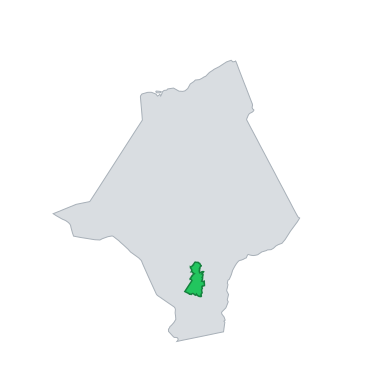 Turkana Central, Rift Valley, Kenya (highlighted), rotated 213°
{"feature_id": "3690345B27917723778047", "entity_name": "Turkana Central", "entity_type": "district", "adm_level": 2, "iso_a3": "KEN", "parent_name": "Kenya", "parent_adm1": "Rift Valley", "projection": "mercator", "projection_center": [35.914, 3.132], "detail": "fine", "context": "in_parent", "style": "filled", "palette": "green", "viewbox_px": 384, "rotation_deg": 213, "n_neighbors": 0, "source": "geoboundaries", "source_scale": "gbopen_adm2", "svg_char_len": 6679}
<svg xmlns="http://www.w3.org/2000/svg" viewBox="0 0 384 384"><g transform="rotate(213 192 192)"><path d="M87.5,228.8L87.4,224.3L88.1,212.9L88.0,203.0L88.6,198.0L91.0,194.8L92.2,192.5L93.0,189.3L94.3,186.7L97.2,184.5L97.7,183.4L100.8,179.8L102.7,175.2L104.1,173.7L105.8,172.2L107.1,171.5L109.1,170.7L110.7,170.3L111.0,169.9L111.1,169.2L110.6,166.3L111.3,165.4L112.3,163.5L113.6,161.7L114.7,160.6L115.3,159.5L115.6,157.5L115.7,156.1L115.7,153.7L115.3,148.5L114.0,144.1L113.2,139.2L113.8,137.5L112.7,134.7L112.2,134.5L111.4,133.9L110.3,131.2L109.5,128.7L109.0,128.0L105.5,125.9L103.7,120.8L101.8,119.6L100.7,114.5L100.5,113.1L101.6,108.0L101.5,106.8L100.3,105.8L97.1,104.7L94.4,102.6L94.7,101.8L94.9,101.1L93.5,100.6L89.4,91.9L94.7,86.7L100.0,81.4L106.8,74.7L113.1,68.5L118.5,63.2L123.3,58.4L123.2,59.3L123.2,60.6L123.8,61.3L124.8,61.8L126.2,61.3L127.4,60.5L128.5,60.4L135.8,62.3L137.0,64.1L136.9,65.9L137.2,67.3L136.7,68.6L136.1,72.7L136.2,76.4L138.4,79.2L140.3,81.4L141.9,84.4L143.0,85.4L144.6,85.9L149.6,86.0L156.9,86.2L164.0,86.4L164.7,86.4L166.2,86.9L172.7,91.0L178.7,94.8L183.7,98.0L188.6,101.2L193.4,104.3L197.1,106.9L200.7,107.7L206.7,108.0L210.8,108.2L214.5,109.2L220.2,110.2L224.4,110.8L226.9,111.3L234.0,111.9L235.1,111.6L238.2,108.7L241.7,104.1L243.1,101.6L247.6,99.0L255.5,95.5L261.1,93.0L267.3,90.5L270.1,92.7L274.0,96.2L275.7,97.9L277.1,98.6L279.2,99.1L281.8,99.2L283.2,99.1L286.0,98.6L292.7,98.2L296.6,98.2L293.3,102.9L289.5,108.4L282.4,118.6L276.9,124.0L272.8,128.0L272.5,128.8L272.5,133.3L272.5,144.3L272.6,166.4L272.7,188.5L272.8,210.6L272.8,221.6L272.8,225.3L276.4,230.0L279.9,234.5L284.6,240.5L287.1,243.7L287.5,244.8L287.4,246.9L283.5,251.4L280.4,253.5L276.2,254.4L274.9,254.3L273.3,253.6L272.6,254.7L272.2,256.4L271.2,256.0L270.5,255.5L270.9,258.5L271.4,260.0L270.7,262.0L268.7,263.7L268.5,265.2L264.1,269.1L257.8,269.5L254.5,271.4L253.0,273.0L251.9,276.4L252.3,281.6L250.6,285.7L250.2,287.7L247.0,290.3L245.6,292.7L244.5,295.2L243.6,296.3L242.5,301.8L241.0,305.1L240.6,306.2L240.2,307.2L239.0,309.2L238.3,310.5L237.7,311.4L233.9,319.9L230.9,323.8L228.6,323.4L227.0,324.9L226.8,325.6L226.0,325.2L224.0,323.8L220.0,320.8L216.0,317.9L212.0,315.0L208.0,312.1L203.9,309.2L199.9,306.3L195.9,303.4L191.9,300.5L189.5,298.8L188.5,297.8L187.7,295.8L187.3,295.3L186.2,294.7L184.9,294.6L184.6,294.2L184.6,293.2L185.0,291.8L186.5,289.2L186.7,287.6L186.4,285.8L185.9,283.0L185.5,282.3L182.8,280.8L177.3,277.7L171.7,274.6L166.1,271.5L160.5,268.3L154.9,265.2L149.3,262.1L143.8,259.0L138.2,255.9L132.6,252.8L127.0,249.6L121.4,246.5L115.8,243.4L110.3,240.3L104.7,237.2L99.1,234.0L93.5,230.9L91.4,229.8L89.5,228.8L87.5,228.8ZM273.3,259.1L272.3,259.3L272.8,257.8L275.7,255.9L276.8,256.3L277.1,256.7L277.0,257.1L276.5,257.5L273.3,259.1Z" fill="#d9dde1" stroke="#a8b0b8" stroke-width="1"/><path d="M143.8,117.6L143.8,104.6L138.0,105.3L138.0,105.2L137.7,105.4L137.5,105.6L137.4,105.6L137.1,105.6L137.0,105.8L136.9,105.8L136.9,106.1L136.7,106.2L136.7,106.3L136.6,106.6L136.5,106.8L136.4,107.0L136.2,107.2L135.9,107.3L135.6,107.4L135.5,107.5L135.1,107.5L134.8,107.4L134.4,107.3L133.9,107.3L133.6,107.3L133.3,107.3L133.2,107.4L133.0,107.5L132.8,107.5L132.8,108.0L132.7,108.3L132.7,108.7L132.4,108.5L132.1,108.6L131.9,108.3L131.9,108.2L131.6,108.2L131.4,108.2L131.2,108.2L130.8,108.2L130.7,108.2L130.5,108.3L130.1,108.2L129.7,108.3L129.4,108.3L129.2,108.3L128.9,108.4L128.8,108.7L128.7,108.8L128.5,109.0L128.4,109.0L128.2,109.0L127.9,109.0L127.7,109.0L127.5,109.3L127.4,109.4L127.4,109.6L127.4,109.8L127.5,109.9L127.6,110.0L127.9,110.2L128.0,110.3L128.1,110.5L128.3,110.7L128.5,110.8L128.7,111.2L128.7,111.6L128.6,112.2L128.7,112.7L128.7,113.0L128.8,113.2L128.9,113.3L129.0,113.4L129.2,113.5L129.5,113.8L129.7,114.1L130.0,114.4L130.1,114.5L130.4,114.8L130.5,115.0L130.8,115.3L130.8,115.5L130.8,116.4L130.9,116.7L130.9,116.9L131.0,117.0L131.3,117.1L131.9,117.5L132.0,117.6L132.1,117.8L132.0,118.0L131.8,118.3L131.8,118.5L132.1,118.6L132.0,118.8L131.9,119.1L131.6,119.1L131.4,119.3L131.3,119.5L131.2,119.7L130.9,119.9L130.8,120.0L130.7,120.2L130.6,120.3L131.2,121.2L131.4,121.5L131.6,121.7L131.7,121.9L132.0,122.1L132.3,122.3L132.5,122.5L132.5,123.0L132.7,123.3L133.3,123.9L133.5,123.6L133.6,123.3L133.6,123.2L134.0,122.9L134.3,122.8L134.7,122.9L134.8,122.9L135.0,122.8L135.2,122.7L135.3,122.6L135.4,123.0L135.5,123.1L135.6,123.3L135.6,123.6L135.6,123.9L135.6,124.1L135.6,124.3L135.8,124.5L135.9,124.8L136.0,125.0L136.2,125.6L136.3,125.8L136.7,126.2L136.8,126.2L137.0,126.1L137.0,126.4L137.0,126.6L137.0,126.9L137.2,127.3L137.3,127.4L137.3,127.7L137.5,127.9L137.5,128.1L138.0,129.0L138.5,129.1L138.8,129.1L139.0,129.0L139.1,128.9L139.1,129.0L139.1,129.3L139.1,129.5L139.1,129.9L139.1,130.3L139.0,130.5L138.9,130.8L138.8,131.1L138.8,131.4L138.8,131.5L139.0,131.5L139.6,131.1L139.9,130.9L140.0,130.7L140.3,130.4L140.5,130.1L141.1,129.3L141.1,129.2L141.2,128.9L141.3,128.8L141.3,128.7L141.4,128.4L141.6,128.4L141.7,128.5L142.4,129.1L142.8,129.6L143.0,129.8L143.1,130.0L143.0,130.5L143.0,130.8L143.4,131.1L143.5,131.1L143.9,131.4L143.9,131.5L144.0,131.6L144.0,131.9L143.9,132.1L143.8,132.4L143.9,132.5L144.2,132.7L144.3,132.8L144.3,133.0L144.3,133.3L144.3,134.0L144.2,134.5L144.0,135.0L144.2,135.3L144.3,135.3L144.5,135.2L145.1,135.4L145.3,135.5L145.6,135.7L146.1,136.0L146.5,136.2L146.6,136.3L146.8,136.3L147.0,136.2L147.4,136.1L147.6,136.2L147.8,136.1L148.0,136.2L148.2,136.3L148.7,136.3L149.0,136.0L149.3,135.8L149.6,135.6L150.3,135.3L150.9,135.0L151.0,135.0L151.2,134.8L151.3,134.6L151.3,133.9L151.3,133.6L151.3,133.0L151.3,132.6L151.4,132.3L151.4,132.1L151.4,131.9L151.1,131.6L151.2,131.4L151.3,131.3L151.4,131.2L151.5,130.9L151.4,130.5L151.4,130.3L151.5,130.1L151.7,129.8L151.8,129.6L151.8,129.4L151.9,129.1L152.0,129.0L152.0,128.9L152.3,128.6L152.3,128.4L152.6,128.4L152.4,128.1L152.1,127.8L152.0,127.6L151.9,127.6L151.5,127.5L151.2,127.3L150.9,127.2L150.7,127.1L150.3,126.8L150.1,126.8L149.9,126.7L149.6,126.4L149.4,125.9L149.3,125.7L149.3,125.3L149.2,125.1L149.2,124.9L149.1,125.0L148.9,125.2L148.6,125.0L148.4,125.0L148.1,125.0L147.7,124.9L147.5,124.7L147.2,124.8L146.9,124.7L146.8,124.8L146.6,124.7L146.1,124.7L145.9,124.7L146.0,124.6L146.0,124.4L145.9,124.5L145.8,124.4L145.7,124.4L145.7,124.2L145.8,124.0L145.8,123.8L145.9,123.6L146.0,123.5L146.0,123.4L146.0,123.2L146.1,122.9L146.2,122.7L146.2,122.4L146.1,122.0L146.3,122.0L146.3,121.9L146.4,121.7L146.4,121.4L146.4,120.9L146.4,120.4L146.2,120.1L146.1,119.9L146.3,119.1L146.4,118.9L146.4,118.4L146.3,118.1L146.2,118.0L146.1,118.3L145.8,118.4L145.6,118.3L145.5,118.2L145.3,118.1L145.1,118.1L144.9,118.0L144.7,118.0L144.3,118.0L144.2,117.9L143.8,117.7L143.8,117.6Z" fill="#22c55e" stroke="#15803d" stroke-width="1.5"/></g></svg>